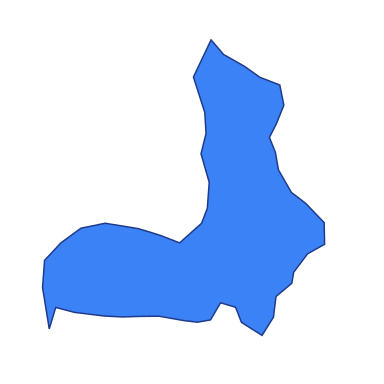 outline of Kourou Monastiri, Cyprus, rotated 187°
{"feature_id": "46923920B54534863217064", "entity_name": "Kourou Monastiri", "entity_type": "district", "adm_level": 2, "iso_a3": "CYP", "parent_name": "Cyprus", "parent_adm1": "", "projection": "albers", "projection_center": [33.557, 35.22], "detail": "fine", "context": "isolated", "style": "filled", "palette": "blue", "viewbox_px": 384, "rotation_deg": 187, "n_neighbors": 0, "source": "geoboundaries", "source_scale": "gbopen_adm2", "svg_char_len": 743}
<svg xmlns="http://www.w3.org/2000/svg" viewBox="0 0 384 384"><g transform="rotate(187 192 192)"><path d="M81.8,113.6L81.3,124.7L69.8,144.7L54.0,156.3L57.1,177.7L77.8,194.6L93.3,203.7L108.9,224.5L114.0,241.4L121.8,255.6L116.6,269.9L111.4,289.4L117.9,308.9L138.6,314.1L155.4,323.2L177.4,332.3L191.6,345.3L204.6,306.3L189.0,272.5L185.2,251.7L187.7,231.0L176.1,203.7L174.8,177.7L178.7,162.1L198.1,140.0L218.8,145.2L240.8,149.1L274.4,150.4L297.7,142.6L315.8,125.7L330.0,106.2L328.7,79.0L322.3,57.0L317.0,38.7L313.2,60.8L293.8,58.2L264.0,58.2L245.9,59.5L229.1,62.1L209.7,64.7L185.1,63.4L170.9,63.4L158.0,67.3L150.2,85.5L134.7,82.9L127.0,68.6L105.0,58.2L95.9,77.7L95.9,98.5L81.8,113.6Z" fill="#3b82f6" stroke="#1e3a8a" stroke-width="1.5"/></g></svg>